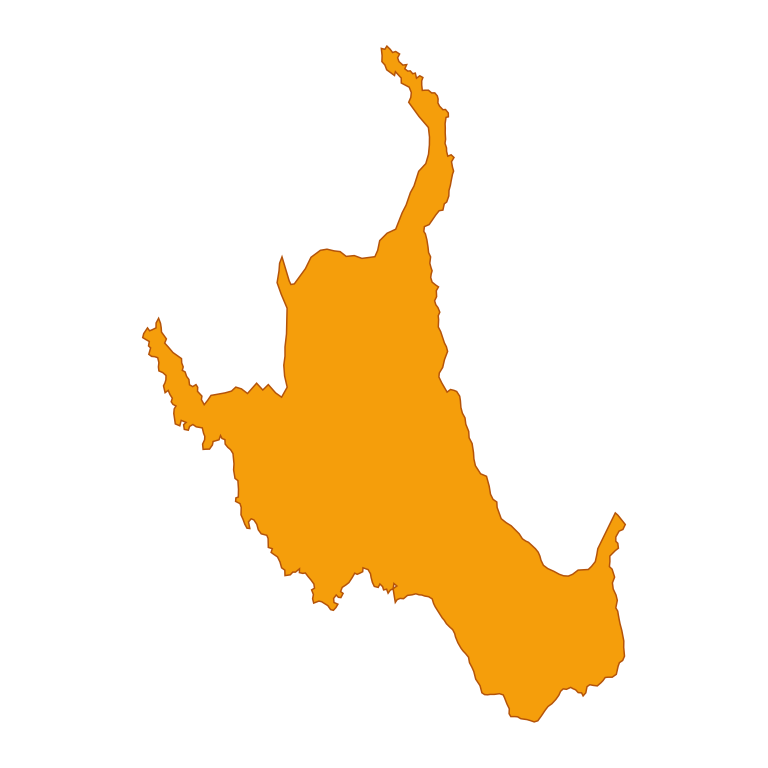 Matrinchã, Goiás, Brazil
{"feature_id": "56859067B90631259832996", "entity_name": "Matrinchã", "entity_type": "district", "adm_level": 2, "iso_a3": "BRA", "parent_name": "Brazil", "parent_adm1": "Goiás", "projection": "equal_earth", "projection_center": [-50.792, -15.31], "detail": "fine", "context": "isolated", "style": "filled", "palette": "amber", "viewbox_px": 768, "rotation_deg": 0, "n_neighbors": 0, "source": "geoboundaries", "source_scale": "gbopen_adm2", "svg_char_len": 5997}
<svg xmlns="http://www.w3.org/2000/svg" viewBox="0 0 768 768"><path d="M381.3,48.4L382.1,55.6L381.9,61.6L384.9,65.0L386.7,69.8L394.5,75.5L395.4,71.7L401.2,78.0L401.3,83.0L409.2,87.2L411.3,92.5L410.8,97.4L408.7,102.3L419.0,116.5L428.4,127.5L429.5,137.1L429.4,145.0L428.5,154.3L425.8,163.6L418.7,171.3L414.0,186.0L410.4,192.6L406.1,205.1L402.2,212.7L395.7,229.2L387.1,233.2L379.7,240.6L377.7,250.3L374.9,256.7L361.9,258.4L354.3,255.6L346.2,256.4L340.1,251.6L334.2,250.9L327.0,249.2L320.4,250.3L311.0,257.3L305.4,268.7L294.3,283.9L290.9,284.5L289.2,280.9L282.0,256.9L279.6,263.2L279.0,271.0L277.1,282.7L281.2,294.2L287.1,308.2L286.5,334.0L285.0,347.0L285.0,356.2L283.8,365.2L284.6,376.0L287.2,387.2L281.6,397.2L275.6,392.9L268.3,384.6L262.8,390.0L256.6,383.2L247.5,393.5L241.5,388.9L235.8,387.1L231.5,391.1L225.0,392.9L216.7,394.4L211.0,395.4L207.6,400.4L204.2,404.7L201.4,399.6L201.9,396.1L197.5,391.3L197.7,387.3L196.0,384.6L192.7,386.6L189.5,384.8L188.9,379.5L186.6,376.4L185.1,371.9L182.3,370.4L183.2,366.9L181.7,362.9L181.5,358.6L172.9,352.5L168.1,346.8L164.7,343.1L166.4,338.9L164.2,335.8L161.5,332.1L161.2,327.8L160.5,323.3L158.6,318.3L156.1,323.0L156.0,327.9L152.3,329.7L149.6,330.8L147.5,327.9L143.7,333.6L142.7,337.6L145.8,339.5L149.3,341.5L148.5,345.9L150.6,347.9L149.7,351.2L148.8,354.3L151.6,356.4L154.8,356.7L157.7,357.7L158.9,362.6L158.4,366.9L158.9,370.9L162.8,372.6L166.0,375.5L165.9,379.7L165.0,382.8L163.5,385.8L165.1,392.7L168.2,390.4L170.0,394.6L172.3,398.2L171.2,401.8L173.0,404.4L176.0,406.0L174.2,408.9L173.8,413.5L175.3,423.9L179.8,425.8L181.2,420.4L186.1,422.4L183.6,424.7L184.3,429.4L188.3,430.2L189.6,426.4L192.9,424.5L196.2,426.8L202.3,427.9L203.6,433.4L204.8,436.3L204.6,439.8L202.6,444.1L203.1,449.4L205.7,449.2L209.5,449.1L212.4,445.0L213.1,441.5L219.0,439.8L220.5,435.6L222.0,438.5L224.9,439.6L225.2,444.1L227.8,447.3L230.6,449.7L233.0,453.6L233.5,458.9L234.0,463.9L233.6,469.9L235.0,478.4L237.9,480.6L238.5,489.4L238.3,497.0L235.9,497.9L235.6,501.4L240.0,503.6L241.2,507.4L241.0,514.8L243.1,519.5L244.8,524.2L247.0,528.2L249.8,528.5L248.5,521.9L251.2,518.8L253.9,519.9L256.8,524.3L258.3,529.8L261.2,533.8L266.8,535.3L268.1,538.5L268.3,547.4L272.3,548.7L271.1,552.4L273.7,554.3L277.5,556.9L280.0,562.0L281.6,567.8L284.8,570.1L285.0,575.6L290.3,574.8L292.8,572.1L295.5,572.1L299.5,568.8L299.4,572.6L302.8,573.4L305.4,573.0L307.9,576.3L311.0,580.0L313.9,584.0L314.5,588.2L311.6,589.9L313.4,594.5L312.6,598.8L313.7,603.1L318.9,601.1L321.6,601.7L327.8,605.6L330.6,609.6L333.4,610.3L335.9,607.6L337.9,604.2L334.0,602.5L333.6,598.5L336.2,595.0L338.4,597.3L340.9,597.6L343.1,593.4L340.6,591.6L342.2,587.4L346.1,584.8L348.9,582.6L352.2,577.6L354.7,573.2L357.2,574.3L360.0,573.1L362.7,571.7L363.0,567.8L368.1,569.6L370.5,573.8L371.1,577.4L372.4,582.4L374.3,586.4L378.2,587.4L379.9,584.0L382.6,586.6L383.6,589.9L386.6,589.2L388.1,593.2L390.3,590.1L393.1,588.7L394.2,595.7L395.3,602.4L397.2,599.6L400.1,598.4L403.5,598.7L407.5,595.4L412.1,594.8L415.9,593.8L419.0,594.8L421.8,595.0L424.6,596.0L428.6,596.7L432.2,598.9L433.6,603.5L435.2,606.8L439.5,613.6L442.3,618.0L444.2,620.2L446.4,623.7L449.7,627.0L452.7,629.7L454.7,633.6L455.5,637.0L457.9,642.8L459.5,645.6L461.2,648.5L463.2,651.1L465.4,653.4L468.5,657.2L469.5,662.7L472.0,667.4L473.8,671.5L475.7,679.1L480.0,685.6L481.9,692.8L484.6,694.6L487.6,694.8L490.1,694.4L494.2,694.4L499.5,693.7L503.2,694.9L504.5,697.7L507.0,704.1L509.3,708.8L509.1,713.7L510.8,716.6L515.0,716.6L517.6,716.8L520.8,718.7L527.1,719.6L530.5,720.6L534.2,721.9L537.8,720.8L541.5,715.7L545.1,710.3L548.0,706.5L551.9,703.7L555.8,699.5L558.8,695.3L560.6,691.3L563.2,688.9L566.5,689.3L570.7,687.4L573.0,688.7L575.6,689.8L578.2,692.6L581.6,692.9L583.1,695.9L585.8,692.8L587.0,686.7L589.8,684.7L593.3,685.4L597.3,685.9L601.0,682.7L603.0,680.6L605.2,677.5L607.9,677.2L612.2,677.2L616.3,674.3L617.1,670.8L618.1,666.3L619.4,662.7L622.7,660.4L624.5,656.2L623.7,647.4L623.8,641.0L622.9,636.3L621.8,630.5L620.0,623.7L619.2,619.7L618.4,615.3L617.7,611.1L615.8,607.9L617.3,600.3L616.0,595.0L613.2,589.0L612.4,582.9L614.6,577.1L612.1,569.2L609.4,566.6L609.9,561.5L609.8,556.1L615.3,550.6L618.4,548.2L617.8,543.3L615.8,541.3L615.8,537.0L619.1,531.1L622.9,529.5L625.3,524.5L617.8,515.1L615.3,512.9L597.8,548.7L596.8,554.7L595.3,561.6L591.6,566.3L588.3,569.5L578.1,570.1L572.6,574.3L568.3,576.1L563.6,575.8L559.3,574.3L553.8,571.3L547.8,568.6L543.4,565.3L541.0,560.3L539.9,556.1L538.2,552.2L535.4,548.7L528.5,542.3L525.8,541.1L522.4,538.8L519.2,533.8L511.2,525.8L506.2,522.7L501.2,518.7L497.1,507.4L496.8,502.0L493.0,499.3L490.5,494.2L489.2,486.2L486.5,476.3L480.6,473.8L475.4,465.7L473.9,458.9L473.5,452.6L472.1,443.5L469.1,437.8L468.7,431.4L465.8,424.2L465.0,417.9L462.4,413.2L460.9,407.5L460.4,400.7L459.7,396.2L456.7,391.5L454.1,390.4L450.5,389.5L447.1,392.1L441.7,382.8L438.9,377.0L439.3,373.0L442.7,367.4L444.5,359.6L447.6,351.4L446.4,346.8L444.4,342.9L440.7,331.7L438.3,327.0L438.6,319.5L438.2,315.8L439.8,312.2L438.0,307.7L435.8,304.7L434.6,300.8L436.6,296.6L436.3,290.7L438.5,286.9L435.8,285.1L432.1,282.1L430.7,277.5L431.2,274.0L432.1,270.8L431.0,267.6L429.8,263.2L430.6,256.9L428.6,252.6L428.0,247.0L426.9,239.9L425.4,233.9L423.8,231.4L424.4,226.6L429.1,224.6L433.2,218.7L435.8,214.9L439.2,210.7L442.9,210.1L444.3,203.8L446.7,202.0L448.8,196.0L449.0,190.4L450.4,185.2L451.1,181.2L451.8,177.7L452.5,174.2L453.6,171.1L452.5,167.2L451.5,161.7L454.0,157.5L451.1,154.8L447.8,156.2L446.6,151.4L446.5,147.9L445.0,143.3L445.6,139.2L445.2,132.9L445.3,128.1L445.1,123.8L446.0,117.4L448.4,116.8L448.3,113.0L445.5,109.5L442.9,109.7L439.6,106.2L437.9,102.9L438.1,99.0L437.3,95.9L434.8,92.9L431.6,92.9L428.4,90.2L425.5,90.2L422.3,90.4L421.7,85.0L421.7,80.8L422.9,77.5L419.8,75.8L416.5,78.2L415.3,73.1L412.7,73.7L410.3,70.9L407.8,71.1L404.8,68.8L406.7,64.6L402.9,65.1L399.0,61.6L397.6,57.8L399.6,54.0L395.7,51.5L392.6,52.5L390.1,49.2L386.9,46.1L384.8,49.3L381.3,48.4ZM393.1,588.7L393.9,583.5L396.9,586.0L393.1,588.7Z" fill="#f59e0b" stroke="#b45309" stroke-width="1.5"/></svg>